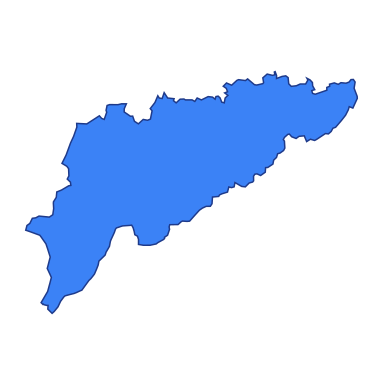 the district of Carolina, Puerto Rico, rotated 269°
{"feature_id": "32010507B91435435365169", "entity_name": "Carolina", "entity_type": "district", "adm_level": 2, "iso_a3": "PRI", "parent_name": "Puerto Rico", "parent_adm1": "", "projection": "orthographic", "projection_center": [-65.96, 18.364], "detail": "fine", "context": "isolated", "style": "filled", "palette": "blue", "viewbox_px": 384, "rotation_deg": 269, "n_neighbors": 0, "source": "geoboundaries", "source_scale": "gbopen_adm2", "svg_char_len": 3420}
<svg xmlns="http://www.w3.org/2000/svg" viewBox="0 0 384 384"><g transform="rotate(269 192 192)"><path d="M84.0,39.2L82.2,41.0L82.5,41.3L81.8,42.3L81.1,45.0L81.1,46.1L77.4,45.8L73.1,50.0L74.9,52.1L79.5,56.0L85.0,58.7L89.3,62.0L90.4,63.3L91.6,68.0L92.6,72.3L93.4,74.5L95.4,79.1L95.7,80.1L103.4,85.9L105.4,87.4L107.1,89.3L110.2,91.9L111.8,93.1L116.7,95.3L120.6,96.9L124.5,97.7L130.4,104.0L132.0,104.6L133.1,104.9L136.7,107.1L139.1,108.5L143.9,109.5L145.5,110.1L151.3,112.9L153.0,113.7L156.1,114.8L157.4,115.8L158.2,118.5L158.6,119.6L159.3,122.0L159.5,125.6L159.7,129.4L159.9,130.9L159.9,131.1L157.3,132.5L153.6,133.5L150.3,134.1L148.8,136.7L145.5,137.7L140.5,137.6L139.6,142.5L139.5,149.1L140.7,155.3L142.0,157.0L145.1,162.9L146.2,163.8L147.2,163.7L149.2,166.8L155.1,168.9L157.5,168.5L159.7,169.2L159.7,169.9L159.7,177.5L162.5,180.7L163.1,181.9L162.7,186.6L162.9,189.1L167.6,193.4L173.7,199.1L174.4,200.2L175.7,202.1L177.4,205.9L177.4,210.1L179.9,211.8L186.6,212.4L187.1,218.6L188.6,219.5L189.7,221.9L189.7,222.0L191.3,227.5L196.4,228.9L195.7,231.6L196.4,234.2L200.7,235.1L196.7,241.8L196.2,245.4L200.0,249.3L200.9,252.8L202.1,253.8L206.7,253.8L208.7,255.1L209.0,257.3L207.3,260.9L210.5,265.6L215.1,266.0L215.2,268.2L218.5,273.4L222.4,274.2L225.1,277.1L228.8,278.3L229.4,280.7L231.9,284.3L234.3,285.6L241.3,285.3L242.8,284.2L245.0,285.4L248.0,288.9L248.2,290.4L245.5,292.6L243.7,297.0L245.8,300.0L246.2,305.2L240.4,307.5L242.7,311.3L241.4,315.5L242.4,317.5L248.1,326.4L247.7,329.4L250.1,332.2L253.3,334.0L254.2,336.7L260.7,342.5L266.1,346.9L271.4,349.7L274.6,350.7L273.1,354.3L282.7,358.9L284.8,358.8L292.9,355.9L299.1,357.0L301.7,355.3L301.6,352.9L299.2,351.0L298.1,347.9L298.7,342.8L297.1,340.1L298.6,336.2L297.4,331.4L295.3,331.5L294.2,328.6L291.4,328.6L287.6,316.9L288.5,314.3L291.3,313.5L292.2,316.5L296.0,314.5L299.4,314.3L302.0,312.0L303.7,308.9L301.9,309.8L298.0,307.5L298.1,302.1L296.4,298.2L295.9,293.1L298.5,290.6L304.7,290.1L306.5,287.8L306.0,284.1L304.0,278.5L307.0,278.6L310.9,277.2L310.5,276.4L307.8,276.9L307.2,274.6L308.6,269.2L304.9,264.8L300.1,265.5L299.1,264.7L297.8,258.6L298.2,256.3L304.1,249.6L302.5,247.4L303.5,240.5L302.8,238.8L298.1,233.5L300.4,228.4L297.2,225.1L295.0,228.1L291.6,229.3L290.5,226.4L288.0,229.6L285.4,226.8L280.6,225.8L281.3,223.3L285.6,221.7L287.4,219.8L287.0,217.6L284.4,216.7L286.5,214.2L287.1,209.8L283.9,203.0L285.9,198.8L282.5,196.4L284.1,193.7L284.2,187.0L285.1,185.6L285.0,181.7L281.4,177.7L283.6,175.1L285.6,175.7L286.4,169.3L291.8,165.9L286.0,163.8L286.5,160.9L288.8,159.5L282.1,156.5L276.1,151.7L273.9,153.5L265.6,151.7L264.5,148.8L265.4,144.5L261.1,139.6L261.6,138.8L263.7,135.7L268.9,134.0L268.8,131.8L273.2,125.6L276.4,125.7L281.3,127.9L281.4,123.1L280.6,119.5L280.8,111.1L280.0,108.6L275.2,107.5L273.2,108.1L266.1,105.5L267.2,102.9L269.8,100.7L261.9,88.0L262.6,77.9L258.9,78.0L249.7,74.6L243.1,71.4L231.2,66.8L222.9,62.5L219.9,67.3L217.5,69.0L210.3,69.2L207.1,67.5L204.0,70.6L200.7,71.0L200.4,68.9L196.2,61.5L194.4,56.8L189.0,56.2L184.6,53.3L183.1,53.2L177.8,53.4L171.7,52.4L169.4,48.9L170.6,38.6L168.9,35.3L168.5,31.9L163.4,29.3L161.4,26.4L156.7,25.1L156.5,25.7L155.1,29.5L151.8,38.1L151.4,39.1L149.9,40.2L143.4,44.6L142.6,45.1L137.9,46.6L129.4,49.1L125.5,48.0L121.1,46.8L118.7,46.1L118.2,45.9L117.5,46.2L113.4,48.0L112.8,48.3L109.0,49.9L106.9,49.3L103.9,48.5L95.3,46.0L95.0,45.9L87.6,41.4L84.0,39.2Z" fill="#3b82f6" stroke="#1e3a8a" stroke-width="1.5"/></g></svg>